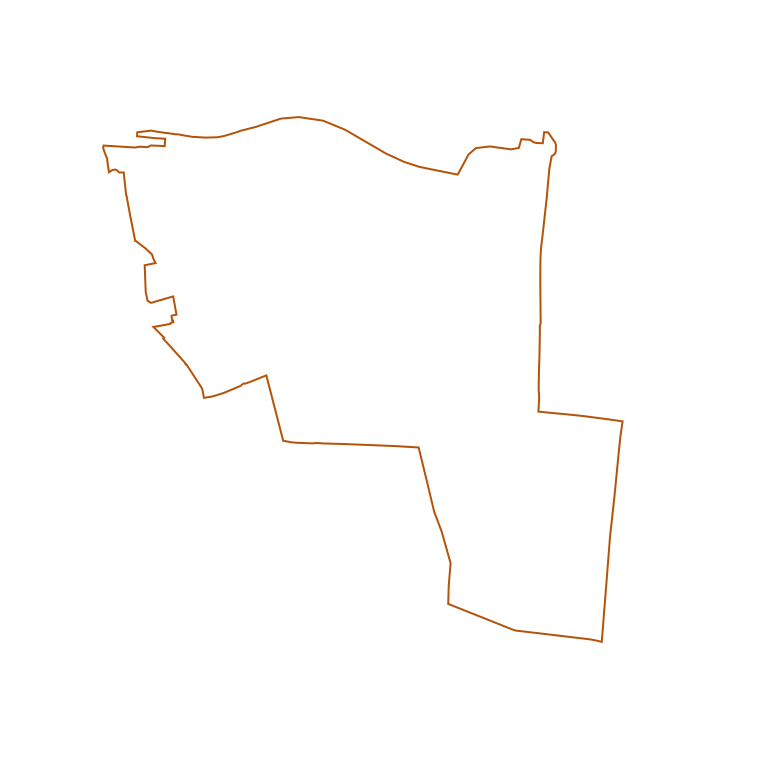 Sendreni, Galati, Romania, rotated 168°
{"feature_id": "2599482B83097293031485", "entity_name": "Sendreni", "entity_type": "district", "adm_level": 2, "iso_a3": "ROU", "parent_name": "Romania", "parent_adm1": "Galati", "projection": "orthographic", "projection_center": [27.927, 45.451], "detail": "fine", "context": "isolated", "style": "outline", "palette": "amber", "viewbox_px": 768, "rotation_deg": 168, "n_neighbors": 0, "source": "geoboundaries", "source_scale": "gbopen_adm2", "svg_char_len": 3110}
<svg xmlns="http://www.w3.org/2000/svg" viewBox="0 0 768 768"><g transform="rotate(168 384 384)"><path d="M559.1,680.3L573.0,681.5L574.1,677.7L557.0,672.1L547.0,669.4L548.8,663.4L549.1,662.2L553.5,663.5L557.0,664.4L561.0,665.4L562.6,665.8L564.8,665.1L566.2,664.9L567.1,665.0L570.6,666.1L572.6,666.7L572.8,666.6L573.8,666.9L577.0,667.0L577.7,667.0L579.5,667.4L608.6,675.5L608.6,675.0L609.1,674.7L609.5,674.1L609.6,672.7L609.2,669.5L609.0,667.5L608.0,662.4L608.4,658.6L608.8,652.2L608.9,650.6L609.0,648.3L606.5,649.3L605.2,649.7L603.9,649.7L602.5,649.7L601.0,648.9L599.1,646.0L594.6,645.0L595.6,635.5L596.9,623.1L596.7,621.5L597.3,600.7L597.6,575.8L597.3,575.8L589.4,566.6L588.9,565.9L584.1,559.2L583.5,554.4L582.3,549.8L593.4,549.9L598.0,523.2L597.9,514.5L595.1,511.9L592.0,511.9L591.7,512.1L572.0,513.5L572.1,509.8L572.6,494.9L577.0,495.1L577.8,494.6L577.9,490.0L577.3,490.0L577.3,488.2L579.6,488.3L580.6,487.2L591.8,487.5L597.7,487.8L589.4,474.9L590.5,474.3L574.4,446.4L573.9,444.3L573.2,444.3L563.3,418.5L563.0,417.4L562.9,416.7L562.8,415.7L563.0,407.9L562.0,407.8L554.2,407.5L551.8,407.7L545.5,408.3L544.1,408.4L541.8,408.7L534.5,410.1L524.6,412.0L523.3,412.8L521.0,413.7L519.6,413.2L516.1,413.7L515.4,413.8L497.3,416.9L494.4,349.4L486.5,346.2L482.8,345.0L469.2,341.5L468.2,341.2L464.3,340.5L462.0,340.3L455.5,338.4L436.4,333.8L387.3,321.3L363.3,314.7L362.3,280.6L361.5,248.8L358.3,227.8L357.9,221.8L356.1,194.8L359.1,185.0L362.7,172.9L366.9,155.5L310.1,117.6L307.8,116.2L306.4,115.5L305.1,115.0L251.8,96.9L242.9,93.9L235.3,91.3L233.0,90.3L232.1,90.0L229.5,88.8L224.6,86.5L223.1,91.5L215.7,116.6L210.9,132.7L203.6,157.4L200.4,168.1L195.8,183.8L194.8,187.2L182.0,226.0L167.6,271.5L167.5,271.8L163.2,284.9L158.4,297.8L171.9,302.8L195.7,311.2L213.9,317.1L220.2,319.0L221.8,319.5L231.2,322.5L238.7,324.9L235.4,337.0L235.0,338.6L234.7,340.3L234.4,342.5L233.9,346.3L232.2,353.8L229.1,367.2L226.3,378.3L222.1,396.4L220.5,403.6L219.7,407.6L219.0,409.5L218.4,410.2L218.1,411.0L209.6,452.8L207.1,464.2L205.0,473.7L202.3,483.9L198.9,493.7L186.4,531.4L182.7,543.4L178.8,556.0L177.4,560.5L172.7,571.9L171.1,572.6L169.1,573.5L167.7,575.5L166.1,582.2L166.2,584.0L171.1,595.9L173.3,596.5L174.2,596.8L175.0,597.0L178.6,586.5L184.7,588.0L187.5,589.4L190.4,592.5L198.8,594.9L200.3,592.1L203.0,586.9L210.6,587.0L231.2,594.4L245.1,595.6L253.5,591.0L268.4,573.5L293.0,584.1L304.2,589.0L318.2,597.1L333.9,608.8L369.2,640.8L388.8,654.2L411.8,662.8L428.6,664.9L430.0,665.0L454.6,662.3L456.2,662.1L461.6,661.9L472.1,661.5L474.9,661.0L477.9,660.7L478.9,660.6L481.9,660.4L485.3,660.1L486.6,660.0L488.0,659.9L489.6,659.9L491.2,659.8L493.7,660.0L494.9,660.0L496.1,660.0L497.8,660.4L500.6,660.9L501.8,661.1L503.1,661.4L505.1,661.7L507.2,662.1L509.4,662.7L511.3,663.2L512.9,663.6L514.8,664.2L516.7,664.7L518.6,665.1L520.5,665.8L522.9,666.7L525.3,667.7L527.1,668.3L528.9,669.1L531.1,670.0L533.0,670.9L533.9,671.1L535.7,671.5L537.3,672.1L539.1,672.7L540.9,673.5L542.9,674.2L544.5,674.7L545.9,675.1L547.8,675.9L550.0,676.7L552.8,677.7L554.8,678.5L556.6,679.2L558.4,680.0L559.1,680.3Z" fill="none" stroke="#b45309" stroke-width="2"/></g></svg>